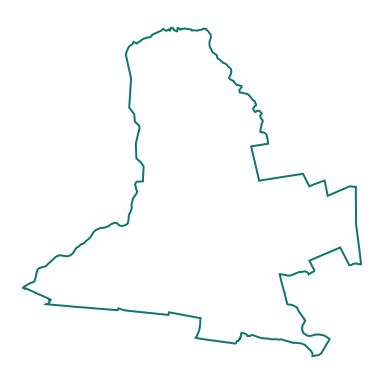 Magurele, Prahova, Romania (Natural Earth projection)
{"feature_id": "2599482B52570992106417", "entity_name": "Magurele", "entity_type": "district", "adm_level": 2, "iso_a3": "ROU", "parent_name": "Romania", "parent_adm1": "Prahova", "projection": "natural_earth1", "projection_center": [26.057, 45.099], "detail": "fine", "context": "isolated", "style": "outline", "palette": "teal", "viewbox_px": 384, "rotation_deg": 0, "n_neighbors": 0, "source": "geoboundaries", "source_scale": "gbopen_adm2", "svg_char_len": 5930}
<svg xmlns="http://www.w3.org/2000/svg" viewBox="0 0 384 384"><path d="M25.3,289.0L25.6,288.3L50.7,299.6L50.4,300.3L49.3,300.4L49.1,300.5L49.4,301.3L49.5,302.3L49.5,302.5L48.0,303.5L46.3,304.2L46.8,304.3L66.7,306.0L74.0,306.7L90.6,308.0L96.3,308.5L117.6,310.2L118.4,308.4L125.1,310.5L125.6,310.3L127.1,310.6L129.4,310.9L168.4,314.9L168.9,312.3L200.6,318.2L200.3,319.9L200.3,322.5L199.9,326.6L199.3,329.8L198.7,331.5L197.6,334.2L196.4,336.6L195.7,337.7L196.3,337.9L199.2,338.5L209.6,340.1L219.0,341.3L225.8,342.3L230.7,342.8L233.3,343.4L235.7,343.5L236.2,342.9L236.2,342.5L236.3,342.1L236.9,341.3L237.4,340.9L238.0,341.0L238.5,340.8L238.6,340.7L238.6,340.2L238.7,339.8L239.0,339.6L239.3,339.0L239.8,339.2L240.1,338.9L240.2,338.5L240.1,338.0L240.7,337.5L240.7,337.3L240.4,336.9L240.8,336.3L240.8,336.1L241.2,335.4L241.0,334.8L241.2,334.3L241.1,333.6L241.2,333.3L241.7,333.0L243.1,333.0L246.5,334.4L247.4,336.0L249.7,336.0L251.7,335.1L252.5,335.0L259.9,337.7L264.5,338.5L266.6,338.4L271.2,339.2L274.1,339.3L276.5,339.2L277.9,339.3L278.9,339.7L280.2,339.4L281.1,339.4L282.7,339.7L285.7,340.8L288.2,341.3L290.8,342.2L292.0,342.5L294.4,342.9L295.5,342.7L296.7,343.0L297.7,342.9L298.6,343.2L300.4,343.3L302.3,343.8L303.0,344.2L304.3,344.6L305.1,345.0L306.4,346.5L307.4,347.2L309.3,349.5L310.3,350.1L311.2,351.2L311.6,352.2L311.8,352.4L312.2,352.6L312.4,353.6L312.5,356.2L319.0,354.9L321.1,353.6L325.5,346.2L326.2,344.6L328.1,341.8L329.3,339.9L329.5,338.8L328.6,338.3L326.6,336.9L324.4,335.6L318.9,334.4L318.4,334.4L317.6,334.6L316.0,334.6L314.0,334.9L312.7,335.5L309.5,336.0L307.7,335.7L306.2,335.1L305.3,334.2L304.1,333.8L303.9,333.6L302.7,331.6L302.5,331.0L302.5,330.3L302.0,329.4L302.0,329.0L302.4,327.6L302.2,327.1L302.2,326.6L302.8,324.8L304.2,323.0L304.4,322.2L304.7,321.8L305.2,320.9L305.1,320.3L304.7,319.8L304.3,319.6L304.3,319.1L303.8,318.8L303.6,317.9L302.8,317.2L302.3,316.1L300.6,314.1L300.6,313.4L299.7,312.6L298.9,311.6L297.3,308.1L296.8,307.4L295.5,306.5L294.9,306.4L294.3,306.0L291.9,304.8L288.9,304.6L287.4,304.3L286.2,300.2L285.9,298.3L285.3,296.2L284.7,293.4L283.8,290.7L283.3,288.6L281.7,282.9L280.8,279.3L279.8,274.2L285.0,274.8L287.4,275.6L290.1,275.6L292.7,274.7L298.4,272.3L299.5,272.1L301.9,271.9L304.8,271.3L306.8,272.0L307.3,272.3L308.0,272.9L308.7,274.4L311.4,272.7L313.8,271.5L314.0,271.3L314.3,270.7L314.2,269.9L312.1,266.2L310.4,262.6L310.0,262.1L309.4,260.6L340.2,247.5L348.5,263.6L348.8,264.4L349.2,265.2L349.7,265.3L351.3,265.0L352.4,264.5L353.6,263.7L355.1,263.8L356.2,263.3L358.5,264.1L361.0,264.2L360.8,262.0L359.7,252.4L356.4,226.8L356.2,226.1L356.1,225.2L355.8,189.4L355.9,186.8L353.8,186.8L351.0,186.4L349.5,186.4L327.7,195.8L324.6,180.5L315.8,183.7L309.3,186.3L303.0,173.8L282.0,177.0L259.2,180.7L251.2,146.8L251.2,146.4L268.1,143.7L268.0,142.7L267.5,138.6L266.7,135.7L266.7,135.1L266.3,134.4L265.3,133.4L264.4,132.8L263.6,132.5L260.6,132.1L260.3,131.5L260.5,129.2L261.2,127.0L261.6,124.1L262.7,121.5L262.7,121.1L262.7,120.4L262.5,120.1L261.0,118.2L260.2,116.3L260.2,115.7L261.7,113.4L261.2,112.7L260.4,112.0L259.7,111.0L259.5,110.9L257.2,110.8L256.3,111.3L256.0,111.7L255.0,112.0L254.1,110.8L253.4,109.5L253.1,108.8L253.2,108.6L254.1,107.4L254.8,106.0L255.8,105.5L256.0,105.3L256.1,104.5L255.9,103.9L255.3,103.2L255.1,101.9L254.9,101.4L253.7,100.6L252.2,99.2L250.8,97.3L248.8,95.0L247.1,93.7L246.6,93.8L245.5,93.7L242.2,92.7L240.1,92.7L239.8,92.3L239.5,91.8L239.4,90.4L239.7,89.6L241.4,87.3L241.6,87.0L241.6,86.1L239.2,85.4L237.4,85.1L236.8,84.8L235.1,83.5L234.4,82.5L233.8,81.3L233.5,81.0L231.2,79.9L229.7,78.7L229.4,78.2L229.2,77.7L229.2,77.3L229.5,76.5L231.0,73.8L231.2,72.6L231.3,71.6L231.2,70.2L230.6,68.6L230.2,68.1L227.7,66.1L227.3,65.4L226.3,64.3L225.5,63.7L224.8,63.4L223.7,63.1L223.2,62.9L220.1,60.0L217.6,58.3L217.3,58.1L217.1,57.1L217.1,56.1L216.9,55.5L216.1,54.7L212.7,52.3L212.4,51.9L211.4,49.9L211.1,48.7L210.3,47.9L209.7,46.6L209.4,43.1L209.7,41.0L210.8,37.7L210.7,35.0L210.6,34.6L210.3,34.0L209.5,33.2L208.1,31.1L206.3,29.7L206.0,29.0L204.3,28.7L203.1,28.9L202.5,29.2L201.8,29.8L200.0,29.8L197.6,30.6L192.6,30.2L192.3,30.2L191.9,30.5L191.4,30.3L191.1,29.6L190.9,29.4L190.1,29.2L185.8,28.8L184.7,28.5L183.6,28.8L181.6,28.7L181.3,28.8L181.2,29.5L179.3,29.1L178.8,28.3L177.9,28.0L177.6,28.2L177.2,31.2L176.8,31.4L173.6,29.8L173.4,28.9L173.2,28.5L172.6,28.1L172.0,27.9L171.1,27.8L170.7,28.2L170.6,29.2L170.3,30.2L170.0,30.5L169.7,30.6L169.2,30.3L169.0,29.5L168.9,29.4L168.7,29.4L166.9,30.5L166.2,30.8L165.0,30.2L164.3,29.6L163.0,29.0L161.6,30.5L161.0,30.8L156.6,32.7L152.6,34.6L152.2,34.9L150.8,36.7L150.5,37.0L149.0,37.5L147.1,37.5L145.3,38.4L144.8,38.3L143.2,39.0L142.1,39.6L140.0,41.3L138.0,42.4L136.8,43.6L133.8,41.9L132.4,44.0L131.0,45.2L128.8,46.8L126.7,51.5L125.8,54.6L131.1,78.3L129.2,107.6L134.2,114.1L134.9,121.6L139.1,125.7L139.6,127.8L135.8,143.7L136.4,158.5L140.9,162.3L143.6,166.5L142.9,181.4L137.0,181.7L136.2,182.2L135.5,183.3L135.2,184.2L135.2,184.8L136.1,188.8L137.1,191.5L137.1,192.3L135.9,194.4L133.1,198.2L132.7,199.3L132.5,201.1L131.5,204.5L131.5,205.3L131.7,206.5L131.7,207.6L131.6,208.9L131.1,210.0L130.7,211.5L129.5,213.6L129.0,214.8L128.8,215.9L128.6,219.0L128.4,220.9L127.9,223.0L127.6,223.7L125.5,225.0L123.6,225.8L122.5,225.9L120.8,225.8L119.4,225.4L118.6,224.8L116.8,223.1L115.6,222.9L114.1,222.9L110.7,224.4L109.2,225.8L107.7,226.5L103.9,227.8L100.9,227.9L96.4,229.7L95.3,230.4L94.1,231.5L92.6,233.6L90.5,237.1L88.2,239.4L85.7,241.2L84.5,242.8L83.6,243.4L82.2,244.0L81.3,244.2L80.6,244.7L78.9,246.4L78.1,246.9L77.0,247.4L76.1,248.3L75.3,249.4L73.2,252.8L72.6,253.6L70.8,254.9L69.6,255.6L68.6,256.0L67.3,256.3L64.5,256.0L61.3,255.4L59.9,255.3L58.6,255.5L56.4,256.5L54.8,257.7L51.4,261.0L49.0,263.0L45.7,266.3L42.1,267.2L39.9,267.9L38.7,268.5L38.0,269.2L37.5,269.9L36.9,271.6L35.6,277.5L34.9,280.2L34.5,281.0L33.6,281.9L32.8,282.3L31.3,282.7L28.4,284.1L27.0,285.0L24.5,286.3L23.0,287.9L25.3,289.0Z" fill="none" stroke="#0f766e" stroke-width="2"/></svg>